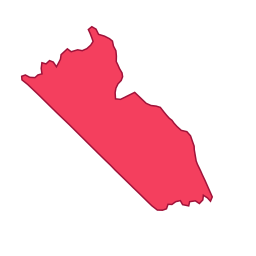 Guarujá do Sul, Santa Catarina, Brazil (Robinson projection), rotated 228°
{"feature_id": "56859067B52966542395998", "entity_name": "Guarujá do Sul", "entity_type": "district", "adm_level": 2, "iso_a3": "BRA", "parent_name": "Brazil", "parent_adm1": "Santa Catarina", "projection": "robinson", "projection_center": [-53.479, -26.4], "detail": "fine", "context": "isolated", "style": "filled", "palette": "rose", "viewbox_px": 256, "rotation_deg": 228, "n_neighbors": 0, "source": "geoboundaries", "source_scale": "gbopen_adm2", "svg_char_len": 1358}
<svg xmlns="http://www.w3.org/2000/svg" viewBox="0 0 256 256"><g transform="rotate(228 128 128)"><path d="M20.4,144.5L37.4,150.1L43.8,152.0L47.7,153.3L54.6,155.3L57.9,156.6L67.5,162.7L70.3,165.0L74.6,166.8L80.3,169.2L85.9,169.3L90.6,166.0L96.3,165.4L100.8,165.4L104.3,165.8L107.7,165.2L111.7,165.2L116.2,165.4L121.7,165.8L125.4,163.6L129.4,160.1L134.2,158.0L138.2,157.7L150.0,156.8L154.3,141.6L158.0,138.2L162.9,142.1L165.7,145.7L167.5,150.1L167.9,154.8L169.7,158.3L172.9,160.4L177.8,161.4L181.7,162.7L185.2,163.7L189.2,167.5L193.5,170.7L198.6,172.0L203.0,174.6L206.8,174.0L212.0,172.0L217.3,168.8L222.9,170.4L227.5,168.9L227.7,164.4L223.5,163.1L219.1,161.4L215.7,160.0L214.5,155.7L214.5,150.5L216.1,145.7L219.8,142.9L222.7,136.8L227.4,135.9L227.3,127.4L224.3,123.8L222.7,119.6L221.4,115.8L227.0,116.6L230.6,114.8L230.5,110.0L234.1,107.7L230.4,103.4L225.8,100.3L227.7,96.6L227.7,92.6L231.4,88.9L236.1,87.2L237.6,83.6L234.7,81.4L227.4,82.6L211.8,83.8L196.7,84.7L187.1,85.3L180.6,85.8L170.0,86.6L145.1,88.0L129.6,88.9L120.3,89.5L112.1,90.1L105.6,90.3L92.5,91.2L86.4,91.6L79.5,92.0L71.2,92.6L59.8,93.3L54.2,93.7L47.4,94.9L43.8,98.7L42.2,102.5L44.5,106.7L41.8,109.5L41.3,114.2L39.0,118.3L34.5,117.3L29.5,121.0L32.0,124.5L28.8,129.3L24.1,130.5L24.5,135.5L27.6,139.0L22.9,140.3L18.4,140.3L20.4,144.5Z" fill="#f43f5e" stroke="#9f1239" stroke-width="1.5"/></g></svg>